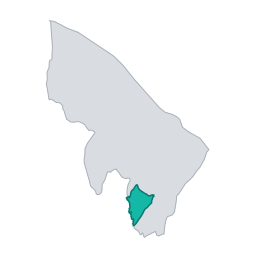 Zorzor, Lofa, Liberia shown in context, rotated 178°
{"feature_id": "62588387B39118473724395", "entity_name": "Zorzor", "entity_type": "district", "adm_level": 2, "iso_a3": "LBR", "parent_name": "Liberia", "parent_adm1": "Lofa", "projection": "equal_earth", "projection_center": [-9.601, 7.921], "detail": "fine", "context": "in_parent", "style": "filled", "palette": "teal", "viewbox_px": 256, "rotation_deg": 178, "n_neighbors": 0, "source": "geoboundaries", "source_scale": "gbopen_adm2", "svg_char_len": 4246}
<svg xmlns="http://www.w3.org/2000/svg" viewBox="0 0 256 256"><g transform="rotate(178 128 128)"><path d="M47.9,103.6L50.0,101.3L53.0,93.7L57.3,86.5L61.2,82.2L64.4,77.8L67.7,74.4L72.5,70.5L79.8,60.1L81.5,58.9L82.6,51.7L84.5,42.5L86.6,39.7L91.5,38.0L92.7,36.4L94.4,30.0L95.6,22.5L95.7,20.8L97.6,20.6L100.9,19.0L102.9,19.8L103.7,21.9L104.2,23.7L114.3,19.1L115.2,18.1L115.7,18.3L117.0,22.5L117.7,22.2L118.3,21.0L119.0,20.9L119.8,21.4L120.6,23.4L121.9,25.2L124.0,26.4L125.4,28.1L125.3,32.6L125.8,37.0L126.8,38.0L127.3,40.7L127.5,43.5L128.0,45.0L128.4,47.9L128.2,51.1L128.6,53.3L130.2,57.0L131.2,61.8L131.2,65.2L130.7,68.7L129.6,72.0L127.7,75.5L127.6,76.9L128.7,77.8L130.4,78.0L131.8,77.3L135.4,78.9L137.2,81.2L138.9,84.1L140.4,85.6L141.0,87.4L143.6,86.9L146.5,85.1L147.1,84.3L148.0,84.8L149.9,84.9L151.2,81.8L152.3,78.2L154.6,74.2L155.7,72.7L156.0,70.2L156.1,67.0L157.0,64.2L158.9,62.6L160.9,62.6L162.0,63.2L162.6,65.9L164.2,68.0L165.6,69.4L166.4,70.0L167.5,71.6L168.6,77.1L173.0,94.8L172.8,99.7L172.0,102.9L171.9,106.0L171.6,109.1L169.0,114.2L161.1,124.6L161.7,125.5L163.6,126.6L165.5,127.3L167.1,126.9L169.1,129.5L171.2,132.8L173.4,134.5L176.7,136.0L179.5,136.1L182.0,135.6L185.4,136.2L189.0,138.9L190.3,143.3L191.2,147.2L192.4,149.2L192.6,152.5L195.2,155.5L198.9,156.1L203.6,159.5L204.8,159.3L205.4,158.9L206.0,159.6L207.2,169.6L208.1,174.8L207.6,177.0L207.0,178.7L206.9,186.7L204.8,191.4L204.4,196.4L203.8,198.1L201.5,199.6L201.5,203.5L200.9,208.2L200.7,213.2L201.3,226.3L201.5,236.1L202.5,237.9L198.0,237.1L184.8,229.6L174.6,225.4L140.5,200.9L131.0,191.1L120.1,176.5L95.9,147.2L90.3,142.4L83.4,140.1L79.1,137.7L76.0,134.9L73.5,126.8L67.5,122.0L56.3,115.1L47.9,103.6Z" fill="#d9dde1" stroke="#a8b0b8" stroke-width="1"/><path d="M120.8,70.8L121.2,70.9L121.7,70.6L122.2,70.3L122.4,69.8L122.6,69.5L123.0,69.1L123.7,68.2L124.0,67.8L124.1,67.5L124.2,67.1L124.5,66.7L125.3,66.2L125.8,65.8L126.1,65.5L126.3,65.2L126.5,65.1L127.2,63.9L127.4,63.2L127.5,62.7L127.6,62.1L127.8,61.4L127.9,60.7L128.0,60.6L128.0,60.4L128.1,60.0L128.2,59.8L128.4,59.5L128.5,59.3L128.6,59.0L128.7,58.9L128.8,58.6L129.0,58.5L129.3,58.9L129.8,59.4L130.0,59.2L130.3,58.9L130.6,58.5L130.8,58.5L131.1,58.7L131.7,58.7L131.8,58.6L131.9,58.4L131.7,58.4L131.8,58.2L131.7,57.9L131.5,58.0L131.6,57.4L131.5,57.0L131.3,56.9L131.3,56.7L131.1,56.5L131.3,56.3L131.1,56.1L130.9,56.3L130.7,56.4L130.4,56.2L130.4,55.9L130.3,55.7L130.3,55.4L130.2,55.3L130.2,55.2L129.7,54.8L129.7,54.4L129.1,53.2L129.1,52.4L128.8,51.9L128.8,51.6L128.8,51.4L129.0,50.9L129.0,50.4L128.8,49.9L128.7,49.1L129.0,48.2L129.3,47.8L129.6,47.6L129.6,47.1L129.3,46.3L129.4,46.0L129.7,45.5L129.9,45.2L130.0,45.0L130.1,44.8L129.8,44.4L129.8,44.1L129.9,43.6L129.6,43.0L128.9,42.9L128.6,43.2L128.4,43.4L127.9,44.0L127.8,43.9L127.7,43.9L127.7,43.5L127.7,43.4L128.0,43.0L128.4,41.9L128.2,41.5L128.2,41.2L127.9,40.7L127.8,40.4L128.0,39.9L128.1,39.6L128.0,39.4L127.7,39.3L127.6,39.2L127.7,38.5L127.7,38.4L127.7,37.8L127.7,37.2L127.5,36.9L127.0,36.7L126.7,36.9L126.2,36.5L125.8,36.7L125.6,36.4L125.6,36.0L125.9,35.5L126.0,35.2L125.9,35.1L126.1,34.9L125.9,34.8L126.0,34.6L125.9,34.4L126.0,34.2L126.1,33.9L126.1,33.7L125.9,33.7L125.9,33.4L126.0,33.3L126.1,32.9L126.2,32.5L126.6,32.1L126.4,31.7L126.1,31.5L126.1,30.8L126.1,30.2L125.7,30.2L124.5,31.1L123.3,32.3L122.7,33.1L122.2,33.7L121.8,34.3L121.7,34.4L121.2,35.1L119.8,37.2L119.5,37.4L119.2,37.7L119.1,37.8L118.7,38.5L118.3,39.0L118.1,39.2L117.7,39.8L117.6,40.0L117.2,40.6L116.8,41.2L116.2,42.3L115.6,43.4L114.5,45.4L113.7,46.4L113.5,46.6L112.3,47.5L112.2,47.5L111.5,47.9L110.8,48.7L109.8,49.9L107.0,52.4L107.0,54.1L106.4,55.5L105.8,57.3L105.1,58.5L104.4,59.0L104.6,59.6L104.6,59.9L104.6,60.0L104.9,60.0L104.9,59.8L104.9,59.5L105.0,59.5L105.6,59.5L105.6,59.8L105.7,60.1L105.8,60.2L105.8,60.3L106.3,60.2L106.8,60.2L107.0,60.2L107.5,59.9L108.1,59.6L108.4,59.5L108.5,59.5L108.6,59.4L109.2,59.4L109.2,59.5L109.6,59.5L109.8,59.6L110.5,59.9L111.6,61.1L111.8,61.3L112.9,61.7L113.0,61.7L113.5,62.1L114.9,63.0L115.4,63.4L115.8,63.8L116.2,63.8L116.6,64.2L116.7,64.3L116.8,64.4L116.9,64.5L117.5,65.0L118.1,65.4L118.8,66.1L119.1,66.6L119.4,67.1L119.7,67.5L119.8,67.7L120.0,68.4L120.1,68.8L120.2,69.3L120.6,70.3L120.8,70.7L120.8,70.8Z" fill="#14b8a6" stroke="#0f766e" stroke-width="1.5"/></g></svg>